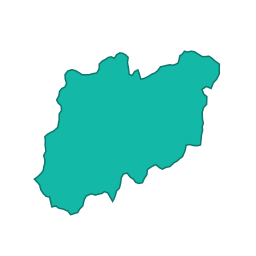 outline of Manhumirim, Minas Gerais, Brazil, rotated 350°
{"feature_id": "56859067B26961543246677", "entity_name": "Manhumirim", "entity_type": "district", "adm_level": 2, "iso_a3": "BRA", "parent_name": "Brazil", "parent_adm1": "Minas Gerais", "projection": "equal_earth", "projection_center": [-41.937, -20.349], "detail": "fine", "context": "isolated", "style": "filled", "palette": "teal", "viewbox_px": 256, "rotation_deg": 350, "n_neighbors": 0, "source": "geoboundaries", "source_scale": "gbopen_adm2", "svg_char_len": 2029}
<svg xmlns="http://www.w3.org/2000/svg" viewBox="0 0 256 256"><g transform="rotate(350 128 128)"><path d="M56.4,203.4L60.1,202.9L63.8,202.5L66.2,199.5L69.9,196.9L72.3,191.3L74.9,187.9L77.6,187.0L80.7,186.5L84.1,188.4L87.6,188.0L91.0,187.9L93.7,186.5L96.9,188.5L98.5,193.2L100.1,197.6L102.0,195.2L103.8,192.1L105.8,188.0L109.1,185.7L111.4,180.3L112.6,176.0L115.6,172.4L119.4,172.4L121.7,176.8L124.6,179.5L126.0,182.7L128.7,184.4L132.7,184.4L135.3,180.5L138.5,177.2L139.8,172.4L142.4,171.1L145.0,170.0L149.0,168.9L152.3,172.7L154.8,174.5L158.7,173.3L162.4,173.3L165.0,171.7L167.4,170.1L170.6,169.1L173.4,167.3L176.7,165.6L179.3,161.7L180.9,158.8L182.2,155.0L186.0,155.0L189.6,156.7L193.2,157.5L196.4,157.3L197.8,152.5L199.4,146.9L201.1,143.2L201.2,139.7L203.0,136.6L202.9,131.6L203.8,125.6L206.0,120.9L209.5,118.4L211.1,110.7L208.6,108.0L207.5,102.9L212.5,100.7L216.7,103.5L219.9,98.2L223.5,95.6L227.4,90.4L228.1,85.8L229.1,81.0L225.3,77.1L222.3,73.3L220.0,71.3L217.1,71.2L213.5,70.6L209.7,67.2L206.8,64.5L203.4,63.3L200.1,63.6L196.9,62.2L194.2,64.8L191.5,65.9L190.3,69.4L188.6,72.8L185.8,73.6L183.1,74.0L180.2,73.0L177.5,73.0L174.0,73.3L170.6,73.4L167.3,76.6L163.9,78.5L160.7,79.2L157.4,80.6L153.2,81.9L149.1,82.2L148.5,76.7L147.8,72.5L144.4,73.5L141.3,77.0L138.5,75.4L138.8,69.0L138.8,63.4L140.4,58.5L138.2,55.4L135.5,53.4L132.9,52.6L129.6,53.8L126.7,57.0L123.8,55.0L120.8,55.1L117.9,56.5L114.3,57.6L110.8,60.1L109.8,64.9L106.8,68.4L102.5,68.4L99.3,68.8L96.0,68.4L91.9,67.5L89.7,65.3L86.5,62.6L82.9,60.8L78.6,61.4L75.3,64.4L74.7,68.8L75.3,73.4L73.0,76.7L69.5,77.7L67.0,80.0L65.5,84.3L62.6,88.0L63.6,91.3L66.0,94.5L65.6,99.2L62.8,102.0L61.5,108.4L58.9,115.2L54.6,117.9L50.9,119.0L47.4,120.3L44.6,122.1L44.4,126.2L43.5,130.0L43.1,136.6L40.2,140.4L40.6,145.1L39.8,148.6L38.4,151.5L37.1,155.3L34.4,157.7L30.8,160.2L26.9,162.1L29.3,165.7L31.1,168.7L31.4,173.7L33.2,177.8L35.5,181.1L38.8,182.4L39.0,187.5L39.3,192.5L43.4,192.3L46.1,195.0L50.3,196.7L54.5,199.6L56.4,203.4Z" fill="#14b8a6" stroke="#0f766e" stroke-width="1.5"/></g></svg>